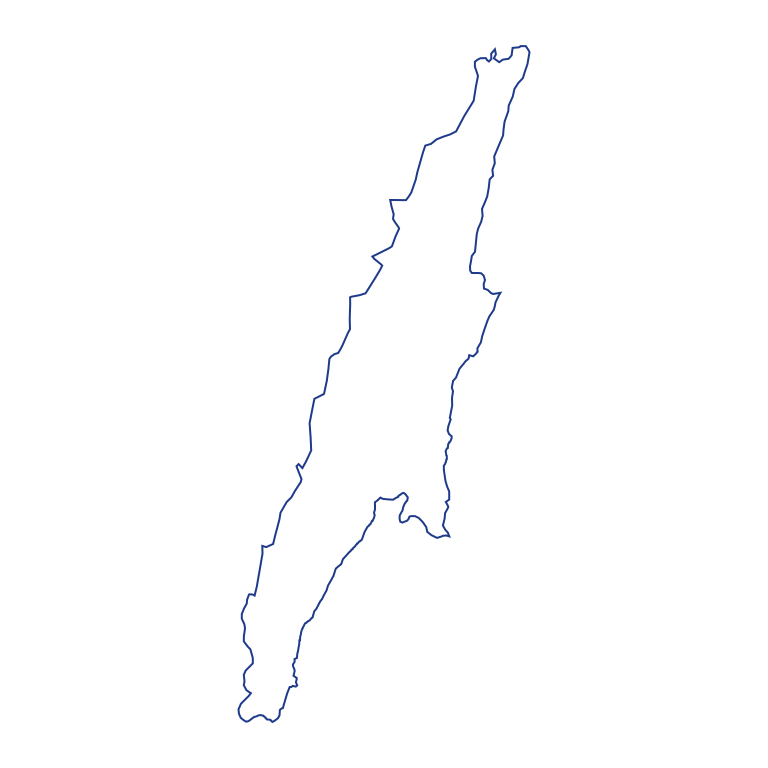 Tamu, Sagaing, Myanmar (orthographic projection)
{"feature_id": "60261553B38505178364809", "entity_name": "Tamu", "entity_type": "district", "adm_level": 2, "iso_a3": "MMR", "parent_name": "Myanmar", "parent_adm1": "Sagaing", "projection": "orthographic", "projection_center": [94.38, 24.188], "detail": "fine", "context": "isolated", "style": "outline", "palette": "blue", "viewbox_px": 768, "rotation_deg": 0, "n_neighbors": 0, "source": "geoboundaries", "source_scale": "gbopen_adm2", "svg_char_len": 4835}
<svg xmlns="http://www.w3.org/2000/svg" viewBox="0 0 768 768"><path d="M240.8,717.9L243.7,720.2L246.2,721.7L248.8,721.0L253.9,717.1L257.0,716.2L258.3,715.4L260.6,715.1L263.1,715.6L263.4,716.2L264.2,716.4L265.4,717.5L265.7,718.4L266.5,718.6L267.1,719.5L269.9,719.7L271.0,720.3L271.3,721.1L272.1,721.4L272.4,721.9L274.1,721.1L278.0,718.2L279.5,715.4L279.9,709.9L281.7,708.4L282.8,708.2L286.1,697.0L287.2,693.3L289.7,687.0L291.2,687.1L292.6,685.9L295.8,686.6L297.2,685.4L295.9,682.2L296.6,679.6L296.7,678.0L293.5,675.7L293.9,674.1L294.7,670.8L294.3,669.2L293.1,666.3L292.9,664.5L294.6,661.9L294.6,659.0L296.9,658.0L297.4,653.0L297.9,651.8L298.7,646.8L299.2,644.5L299.4,640.3L300.0,640.3L300.2,636.6L300.7,634.9L301.3,631.6L302.1,629.0L302.6,628.7L302.9,627.3L303.4,626.7L305.0,623.4L306.4,622.8L306.7,622.2L307.5,621.9L308.1,621.1L309.5,620.5L311.7,617.9L312.5,617.6L314.3,611.2L316.3,608.9L320.2,601.4L322.2,598.8L323.6,595.7L326.5,590.5L328.0,585.6L331.0,580.4L333.4,576.0L334.3,573.2L335.8,568.6L337.6,567.0L341.2,564.1L342.9,559.2L349.5,551.9L350.4,551.3L351.5,549.6L352.6,549.3L352.8,548.4L355.3,546.1L355.6,545.3L356.7,544.4L357.0,543.6L357.5,543.6L359.2,541.6L360.0,541.3L360.3,540.7L361.1,540.4L361.9,539.6L364.5,532.1L367.6,526.6L368.7,526.0L369.5,524.6L370.4,524.3L370.6,523.7L371.7,521.7L372.0,520.9L372.6,520.9L373.9,518.0L374.7,515.2L374.0,512.8L375.0,509.4L375.0,505.9L374.9,502.3L377.5,500.4L380.4,497.6L382.6,498.8L387.9,499.4L393.1,499.7L396.2,497.7L398.2,496.9L398.2,496.3L399.3,495.2L400.1,494.9L402.3,493.2L403.7,492.9L405.6,494.4L407.8,497.4L407.2,500.7L406.1,501.5L405.8,502.4L405.3,502.7L404.2,504.7L403.1,507.5L402.6,510.3L401.5,512.2L399.7,515.4L399.6,518.9L400.3,521.7L402.4,522.6L405.8,521.2L407.2,520.6L408.6,518.9L409.1,517.2L409.9,516.4L411.3,516.1L415.0,516.1L418.9,518.1L422.8,522.1L426.2,527.0L427.3,531.9L431.5,535.2L437.1,537.9L441.8,536.4L442.9,535.8L446.3,535.5L449.3,536.4L447.9,532.7L445.1,529.5L442.9,525.5L444.6,518.6L445.1,513.1L448.1,507.6L448.3,507.0L447.5,505.0L445.8,502.0L449.2,499.6L449.2,491.4L447.1,486.5L445.5,481.0L443.9,470.3L443.8,465.8L445.2,463.8L445.5,462.4L446.0,461.9L446.3,459.6L446.8,459.3L446.8,455.9L446.2,455.1L446.2,454.0L445.6,451.2L446.9,448.4L447.8,448.1L448.3,443.8L448.8,443.3L449.1,442.4L449.6,442.4L449.9,441.6L450.7,440.7L451.5,438.7L451.7,436.3L449.0,434.0L447.6,430.4L448.4,426.0L450.7,419.3L449.8,418.0L452.2,405.6L452.0,398.1L453.0,391.3L451.8,387.6L453.1,380.9L456.0,377.6L457.7,373.3L459.5,368.7L463.5,363.9L465.4,361.4L468.6,358.6L469.2,355.2L473.2,356.3L476.5,353.2L476.8,352.3L477.6,351.8L477.4,348.3L480.9,342.3L482.2,336.2L484.5,329.2L487.4,320.9L489.4,316.3L493.7,310.0L494.8,306.3L495.5,302.4L498.8,295.5L500.4,292.8L496.8,293.4L493.0,294.0L490.7,292.8L487.7,289.9L484.0,288.6L483.7,284.0L485.0,280.0L483.7,275.7L481.2,273.3L478.3,273.0L471.8,273.0L470.2,270.6L470.0,266.4L471.0,261.2L471.8,256.0L475.0,251.7L476.8,233.9L478.1,228.7L481.2,221.7L482.6,216.0L482.0,208.9L484.9,202.3L487.2,196.5L488.7,188.1L489.7,179.3L493.1,175.8L492.4,169.8L494.8,163.2L494.2,156.5L498.0,147.4L501.2,139.9L503.1,135.3L503.5,129.7L504.6,121.6L508.3,111.2L508.7,105.6L512.7,96.7L514.5,88.8L518.3,83.0L522.9,78.1L524.5,72.8L527.5,64.0L529.5,52.2L528.7,50.5L525.8,46.1L520.5,46.1L519.7,47.0L518.8,47.3L512.6,47.9L511.6,55.4L508.6,58.8L502.8,59.6L499.2,62.2L493.9,58.3L495.9,54.3L494.9,49.3L491.2,53.7L491.3,59.0L488.9,61.5L487.2,60.2L485.8,58.1L482.8,58.2L480.5,58.2L477.3,59.8L474.9,61.8L474.9,66.7L478.0,75.9L475.8,87.1L473.7,100.7L464.1,116.3L456.1,131.4L450.2,134.4L443.5,136.6L436.5,139.4L431.0,143.9L425.3,145.6L423.0,152.4L417.3,172.4L415.8,179.4L413.3,186.7L411.2,192.7L408.4,197.0L406.0,200.1L401.2,200.1L393.9,200.0L390.2,200.0L391.6,206.8L393.7,214.4L393.2,217.2L393.1,219.2L395.4,222.8L398.6,227.3L399.1,228.6L395.5,236.5L391.9,246.4L388.9,248.3L377.9,253.8L372.4,256.5L374.3,258.9L381.0,264.3L382.2,265.6L380.2,269.7L374.9,278.5L365.6,293.3L359.5,295.2L351.5,296.7L350.1,297.3L350.2,304.2L349.7,319.0L350.0,329.1L347.9,333.0L342.7,344.8L341.2,347.9L338.2,353.0L334.5,354.1L330.9,356.7L329.4,358.9L328.4,369.1L326.8,380.8L324.4,392.2L323.9,394.0L314.4,398.8L312.2,409.8L309.6,423.2L310.6,437.2L311.2,450.5L306.0,461.5L302.4,468.1L298.6,464.1L296.5,466.3L301.5,479.2L300.7,482.1L295.1,490.7L291.4,497.3L286.7,502.0L280.5,512.7L279.4,519.5L277.5,526.8L275.2,535.4L273.1,544.0L266.2,547.1L262.3,545.9L262.5,553.7L260.7,564.1L256.8,586.6L254.6,595.6L252.6,594.5L249.3,594.3L248.9,594.8L247.4,598.9L247.2,599.2L246.7,603.7L244.1,608.3L241.8,614.0L241.8,618.7L244.4,624.3L245.0,628.4L243.9,636.1L243.8,641.4L247.6,646.4L250.4,649.4L252.8,658.0L252.8,663.4L245.7,670.5L243.8,674.8L244.5,681.3L243.8,685.2L246.4,690.1L248.6,691.7L250.9,693.2L248.6,696.1L245.2,699.5L240.9,703.8L238.5,709.4L239.0,713.9L240.8,717.9Z" fill="none" stroke="#1e3a8a" stroke-width="2"/></svg>